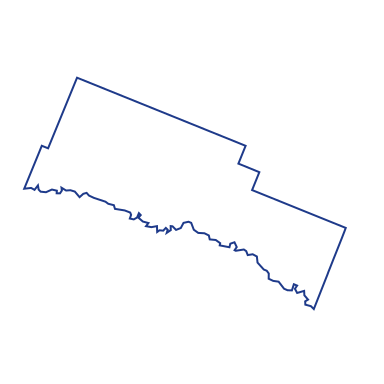 Roosevelt, Montana, United States of America (Natural Earth projection), rotated 22°
{"feature_id": "52423323B47296915924454", "entity_name": "Roosevelt", "entity_type": "district", "adm_level": 2, "iso_a3": "USA", "parent_name": "United States of America", "parent_adm1": "Montana", "projection": "natural_earth1", "projection_center": [-104.865, 48.28], "detail": "fine", "context": "isolated", "style": "outline", "palette": "blue", "viewbox_px": 384, "rotation_deg": 22, "n_neighbors": 0, "source": "geoboundaries", "source_scale": "gbopen_adm2", "svg_char_len": 1532}
<svg xmlns="http://www.w3.org/2000/svg" viewBox="0 0 384 384"><g transform="rotate(22 192 192)"><path d="M35.2,251.8L41.3,248.5L45.2,249.0L46.7,243.6L48.9,247.2L51.5,248.4L56.7,246.9L61.2,242.2L66.2,241.4L67.0,243.9L70.1,242.7L70.8,239.4L69.4,236.9L74.7,237.8L78.6,235.9L83.2,235.5L89.7,238.9L91.9,234.4L94.6,232.3L97.8,233.9L103.3,234.2L115.4,233.4L118.8,234.3L124.5,233.5L126.9,236.5L136.5,234.3L142.4,234.2L144.1,236.0L144.3,239.9L148.3,239.2L150.6,236.3L150.7,231.5L153.1,232.6L152.0,235.9L157.5,237.8L163.2,237.1L162.2,240.9L167.5,239.8L172.3,236.8L174.7,242.1L176.2,239.7L179.8,238.6L181.2,235.1L183.6,236.1L183.9,239.3L186.6,235.3L185.0,231.6L186.8,231.1L191.4,233.1L195.1,229.6L195.7,223.8L199.9,220.9L202.8,220.9L207.8,226.3L213.1,227.6L219.0,225.6L223.9,226.0L226.2,229.3L232.0,227.6L237.3,228.9L237.7,231.1L247.4,229.2L246.9,225.6L250.2,222.7L254.1,226.3L253.3,230.0L254.6,230.1L261.6,225.9L264.4,226.5L267.3,229.6L271.6,227.0L276.3,227.5L279.2,232.9L287.6,237.0L290.8,237.0L293.7,238.8L295.6,243.7L300.6,244.0L305.9,242.7L313.6,247.2L317.4,247.3L321.5,245.8L321.0,239.4L324.5,239.4L323.7,243.2L327.3,246.2L333.0,241.7L334.9,245.7L339.9,248.3L337.9,251.0L339.3,254.0L345.0,253.3L348.8,254.9L348.5,217.6L348.4,214.9L348.4,211.3L348.4,211.0L348.3,200.5L348.3,199.8L348.3,199.4L348.3,197.4L348.3,197.1L348.2,178.1L348.1,171.0L348.1,170.9L348.0,167.7L247.0,167.7L247.0,148.4L224.4,148.3L224.4,129.1L186.9,129.1L42.6,129.1L42.2,205.4L35.4,205.4L35.4,213.5L35.2,251.8Z" fill="none" stroke="#1e3a8a" stroke-width="2"/></g></svg>